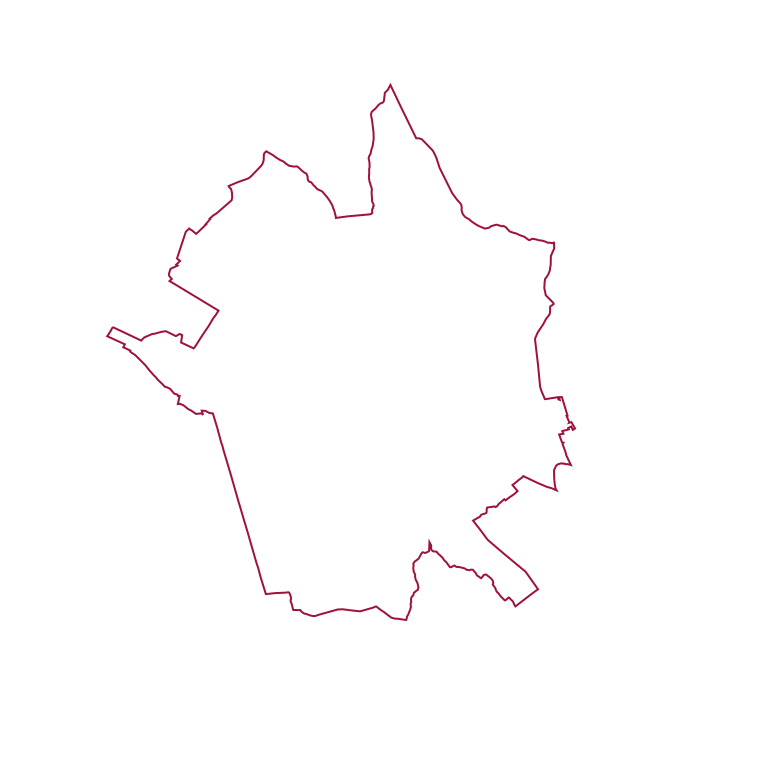 Ixcaquixtla, Puebla, Mexico, rotated 323°
{"feature_id": "50627088B51298056113446", "entity_name": "Ixcaquixtla", "entity_type": "district", "adm_level": 2, "iso_a3": "MEX", "parent_name": "Mexico", "parent_adm1": "Puebla", "projection": "equal_earth", "projection_center": [-97.829, 18.478], "detail": "fine", "context": "isolated", "style": "outline", "palette": "rose", "viewbox_px": 768, "rotation_deg": 323, "n_neighbors": 0, "source": "geoboundaries", "source_scale": "gbopen_adm2", "svg_char_len": 6142}
<svg xmlns="http://www.w3.org/2000/svg" viewBox="0 0 768 768"><g transform="rotate(323 384 384)"><path d="M588.7,389.3L594.3,382.2L601.4,378.2L602.1,377.4L603.2,375.6L604.6,373.9L604.8,373.3L603.0,372.7L601.2,370.7L599.9,369.8L599.5,369.3L598.9,367.9L596.7,364.8L593.8,362.0L593.1,360.8L590.1,357.5L589.4,357.1L586.9,356.8L586.2,355.9L585.4,353.3L584.7,350.8L583.3,348.8L581.6,346.1L580.3,343.5L579.6,342.6L578.4,341.3L578.1,340.6L576.6,338.6L576.1,337.2L575.6,332.0L574.6,329.7L573.2,329.1L572.4,328.2L571.8,327.0L570.7,325.9L570.0,324.7L568.6,323.9L563.9,322.3L562.5,322.6L558.2,320.7L555.0,315.3L553.5,312.0L551.6,306.5L551.0,303.4L549.4,299.8L549.2,298.0L549.2,296.1L549.6,294.1L550.9,291.3L551.9,290.3L552.8,288.9L553.6,287.3L553.6,284.7L553.2,280.5L553.3,272.6L558.5,244.8L561.8,235.2L562.5,232.4L563.2,228.7L563.4,226.9L563.3,225.8L561.7,212.8L561.4,211.1L559.9,209.0L557.6,207.1L564.5,171.6L569.1,149.0L564.3,151.3L559.8,152.0L558.8,153.2L554.3,157.8L553.4,158.3L552.3,158.5L550.1,157.8L547.7,157.8L542.6,158.9L538.6,159.2L537.7,159.4L535.9,160.9L535.3,161.8L533.1,166.3L526.9,177.0L523.2,182.1L517.9,187.3L515.7,188.7L512.0,191.9L509.2,193.2L507.6,194.4L505.9,198.0L503.3,201.8L501.2,203.7L499.7,206.0L496.2,210.0L494.1,213.9L493.9,215.0L493.0,217.1L492.2,219.8L491.0,221.9L489.9,222.9L489.1,223.9L488.4,225.1L487.7,225.9L487.4,226.6L484.9,230.3L484.3,231.3L483.6,234.6L482.7,235.8L482.0,235.9L481.2,236.9L480.7,236.9L479.2,237.8L478.0,239.8L477.2,240.4L476.1,240.5L474.8,240.0L455.8,228.2L445.5,222.4L446.1,221.6L448.7,215.4L449.2,213.0L450.2,210.5L450.9,204.9L451.0,200.8L450.6,193.7L450.1,192.0L448.8,189.7L447.9,187.8L447.7,184.4L447.4,183.5L447.2,179.1L446.0,177.3L445.9,176.2L446.2,175.1L446.7,173.8L447.8,172.4L448.5,170.0L448.5,168.8L447.6,167.3L446.8,164.0L445.9,159.0L445.3,157.7L442.8,156.1L439.6,152.7L438.8,150.5L437.4,145.3L436.0,143.0L434.2,138.3L433.0,134.3L430.0,127.3L428.0,127.5L427.1,127.8L425.8,128.8L422.9,132.5L421.1,134.0L419.5,135.0L418.0,135.6L416.1,136.0L403.1,138.1L400.6,138.2L399.1,138.1L389.3,135.0L379.1,132.4L378.8,133.6L379.2,136.2L378.4,138.3L377.9,138.9L377.7,140.0L376.4,141.5L375.3,143.4L372.8,145.6L352.5,147.0L349.4,146.6L344.3,147.0L344.4,147.7L337.7,149.1L337.9,149.5L327.1,150.8L324.3,151.0L322.9,145.1L322.4,144.4L322.0,142.6L317.4,143.1L294.2,159.2L295.2,163.0L289.9,163.6L290.4,165.2L283.5,163.7L282.5,163.7L278.7,166.5L277.8,167.6L277.5,168.8L277.7,172.4L274.7,172.7L296.0,225.8L291.2,227.6L286.8,228.9L279.0,232.1L266.0,236.6L256.5,240.2L253.4,241.0L246.9,228.7L252.2,223.5L250.9,221.1L246.6,220.5L241.6,210.6L237.7,208.4L231.7,206.1L228.8,204.5L220.7,202.6L217.7,202.9L216.3,203.3L201.9,175.9L201.0,175.6L196.3,177.7L191.7,179.3L200.9,196.3L197.9,197.8L201.5,204.6L200.2,205.2L200.5,205.2L201.0,206.3L202.7,211.1L204.7,225.2L204.9,233.1L205.4,238.7L205.8,240.9L205.9,244.5L207.0,251.0L207.4,254.5L208.7,256.0L210.4,259.5L210.4,262.0L210.7,265.5L212.7,268.2L212.2,269.6L213.6,270.5L207.3,276.0L209.1,277.1L211.0,280.2L212.5,286.1L213.9,288.9L215.9,294.8L220.6,297.6L220.9,299.8L222.4,295.6L225.2,298.0L227.1,302.0L229.6,304.5L224.4,318.8L218.4,333.7L218.0,335.4L215.6,341.3L207.1,364.2L196.2,392.5L196.0,393.2L190.4,408.1L186.2,419.5L174.3,450.6L172.7,455.5L169.2,464.0L163.2,480.7L170.9,485.3L179.7,491.3L182.3,492.8L182.7,493.5L182.4,495.2L181.2,498.7L180.3,499.8L179.3,500.4L178.9,501.0L177.4,505.4L175.8,509.0L175.6,509.9L181.1,514.2L181.1,516.1L182.1,519.4L183.5,520.8L185.6,524.2L187.3,526.2L188.5,527.3L189.9,528.1L192.4,528.8L211.3,536.2L215.5,539.1L220.9,544.4L228.1,551.2L240.6,556.0L243.7,556.8L244.1,557.6L245.2,561.8L246.6,565.7L249.1,574.5L249.5,575.4L251.5,577.9L254.4,580.4L258.9,585.1L259.9,585.8L262.7,583.4L264.7,582.7L265.8,581.9L269.2,579.9L271.6,578.0L272.1,576.9L273.0,575.5L274.6,574.5L275.6,572.7L277.3,571.0L278.6,570.5L280.1,570.5L282.3,568.6L284.5,568.8L285.2,568.5L287.0,568.8L289.0,567.3L290.7,563.7L291.3,561.4L291.5,559.4L292.1,558.3L292.6,556.9L293.8,555.5L294.5,553.6L294.7,552.0L296.3,549.0L298.4,546.7L299.6,544.9L301.7,544.3L306.6,544.3L311.6,542.0L313.1,541.6L313.7,541.7L315.1,543.7L317.7,544.4L319.5,544.5L325.1,537.7L324.5,541.4L322.7,543.5L322.0,545.3L322.6,547.3L325.0,549.5L325.2,552.8L325.5,553.6L326.2,558.2L326.0,561.4L326.5,563.6L326.4,569.8L326.9,570.4L327.4,570.7L330.2,571.1L331.1,571.5L331.7,573.5L332.6,574.5L333.5,574.9L337.5,579.9L338.2,582.1L340.2,584.1L341.7,584.6L342.9,585.5L343.3,586.6L343.3,588.6L343.5,590.3L343.0,592.9L344.1,595.7L344.2,596.5L344.6,597.5L346.4,597.3L348.7,596.6L350.2,597.1L350.8,597.5L351.0,598.0L352.4,603.3L352.6,605.6L352.3,607.1L351.5,608.7L350.2,609.6L350.1,612.7L349.9,614.5L349.3,616.1L349.1,618.5L349.4,619.4L349.4,623.9L350.0,627.5L350.1,628.9L350.3,629.6L350.9,629.8L354.9,629.5L355.4,630.1L355.7,633.0L356.1,634.5L355.8,636.8L355.5,637.6L355.2,638.8L355.1,640.7L375.6,640.5L383.5,640.6L384.1,619.1L377.5,591.2L373.3,572.2L373.0,570.2L373.1,558.4L372.9,546.7L378.9,547.4L380.4,547.8L382.6,547.0L383.3,547.1L384.4,547.3L386.2,548.1L388.0,548.6L389.0,547.9L390.6,545.9L391.4,545.1L392.1,544.8L398.7,548.4L399.0,549.4L399.7,549.6L401.7,549.5L403.1,548.9L410.7,548.4L411.0,550.1L415.2,550.0L422.3,550.3L426.2,549.9L425.8,542.0L431.7,541.9L433.7,541.7L437.6,541.8L439.8,541.4L447.3,555.8L452.5,564.7L454.9,567.7L457.8,572.8L458.1,570.6L458.5,569.8L460.7,565.7L463.4,561.4L467.9,555.2L472.2,552.9L473.2,552.7L474.9,552.9L477.8,554.0L479.3,555.6L479.7,555.7L480.3,556.5L480.6,557.1L482.6,558.7L484.5,561.2L486.7,550.5L488.0,547.6L490.4,539.6L492.0,538.9L491.0,537.8L492.8,531.9L493.5,529.7L497.3,531.7L498.0,528.9L504.2,531.4L504.5,530.0L507.9,530.6L507.2,534.3L509.8,534.5L510.7,527.2L508.6,526.4L508.9,526.3L510.6,519.3L511.5,519.8L518.2,501.5L516.0,499.9L514.8,502.5L514.0,501.3L514.8,499.1L503.5,493.1L503.4,492.8L505.6,484.1L507.0,480.2L518.4,461.6L531.5,439.2L532.7,438.2L537.9,435.3L547.1,432.1L552.6,429.5L556.9,428.4L558.7,427.7L561.5,424.6L562.3,423.1L563.5,422.1L564.6,422.1L565.5,422.3L567.7,422.2L567.9,421.8L568.0,420.9L566.6,410.5L569.8,403.8L573.9,399.0L576.0,397.0L578.3,396.4L581.0,395.4L584.4,393.4L586.8,391.0L588.7,389.3Z" fill="none" stroke="#9f1239" stroke-width="2"/></g></svg>